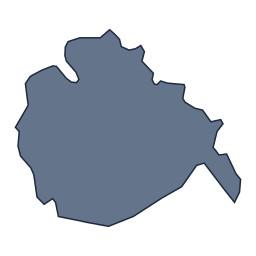 Nde, Ouest, Cameroon (Natural Earth projection)
{"feature_id": "32672807B46712188555835", "entity_name": "Nde", "entity_type": "district", "adm_level": 2, "iso_a3": "CMR", "parent_name": "Cameroon", "parent_adm1": "Ouest", "projection": "natural_earth1", "projection_center": [10.622, 5.088], "detail": "fine", "context": "isolated", "style": "filled", "palette": "slate", "viewbox_px": 256, "rotation_deg": 0, "n_neighbors": 0, "source": "geoboundaries", "source_scale": "gbopen_adm2", "svg_char_len": 952}
<svg xmlns="http://www.w3.org/2000/svg" viewBox="0 0 256 256"><path d="M234.5,202.4L239.5,192.2L240.6,179.4L235.8,173.5L226.6,154.0L218.9,155.0L215.7,150.5L213.1,147.5L217.0,131.5L223.0,123.8L220.7,119.6L210.9,121.8L202.6,110.1L194.7,108.2L184.9,102.1L182.8,98.4L184.9,87.3L184.1,84.6L167.3,83.1L160.6,81.0L157.2,84.5L154.4,84.2L152.1,79.7L153.4,73.3L141.9,61.2L144.4,51.7L140.8,45.5L135.5,48.7L129.1,50.1L121.3,46.6L119.5,39.3L115.2,34.7L109.6,29.7L100.3,37.8L79.8,37.8L68.1,41.6L65.3,47.0L64.9,55.6L66.3,61.0L76.1,72.4L78.9,79.4L76.5,82.6L71.4,82.1L66.3,78.3L56.5,66.4L52.8,65.9L42.2,70.0L31.6,75.6L30.0,76.8L25.4,83.6L27.2,97.9L28.2,105.3L15.4,127.3L19.2,131.6L18.0,146.0L20.5,156.0L30.8,167.8L33.8,174.6L37.0,197.0L44.1,204.3L52.7,198.6L55.6,202.6L58.4,216.5L64.9,217.8L75.8,220.0L89.2,222.8L108.5,226.3L133.4,216.4L162.2,197.8L181.7,186.7L196.6,165.4L204.2,163.1L223.0,187.8L234.5,202.4Z" fill="#64748b" stroke="#1e293b" stroke-width="1.5"/></svg>